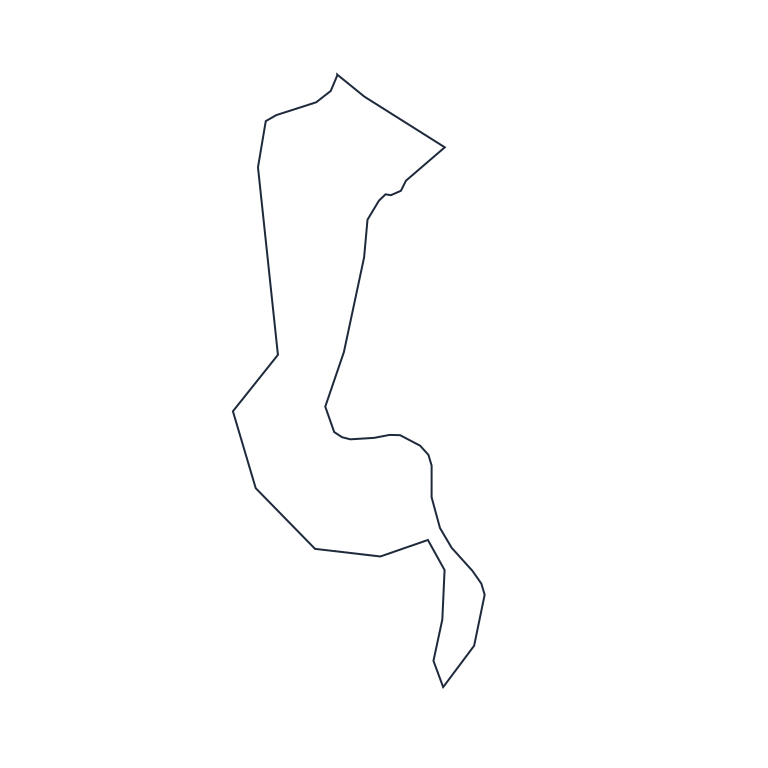 the border of Kostel, rotated 63°
{"feature_id": "SVN-245", "entity_name": "Kostel", "entity_type": "Municipality", "adm_level": 1, "iso_a3": "SVN", "parent_name": "Slovenia", "parent_adm1": "", "projection": "robinson", "projection_center": [14.82, 45.528], "detail": "fine", "context": "isolated", "style": "outline", "palette": "slate", "viewbox_px": 768, "rotation_deg": 63, "n_neighbors": 0, "source": "natural_earth", "source_scale": "10m", "svg_char_len": 748}
<svg xmlns="http://www.w3.org/2000/svg" viewBox="0 0 768 768"><g transform="rotate(63 384 384)"><path d="M680.9,468.9L653.1,465.6L620.4,439.0L577.3,414.5L542.9,415.7L536.0,465.6L499.6,520.3L418.6,545.6L339.7,531.0L310.0,465.6L309.8,465.5L309.6,465.1L309.4,465.1L133.7,397.9L96.1,370.0L95.5,357.9L102.2,316.5L98.7,298.4L87.8,285.5L87.1,285.2L119.1,271.0L200.7,222.4L212.8,272.1L219.5,281.2L218.9,292.1L215.7,296.5L218.3,305.2L230.1,324.1L262.1,344.2L337.3,405.2L377.5,446.6L404.2,450.2L412.4,445.5L418.0,439.1L427.5,417.3L431.9,402.1L436.9,392.9L455.4,379.8L467.4,376.6L478.3,378.6L506.5,393.0L537.7,399.5L560.6,398.1L590.8,390.0L606.1,387.9L617.5,390.0L658.1,422.5L680.7,468.4L680.9,468.9Z" fill="none" stroke="#1e293b" stroke-width="2"/></g></svg>